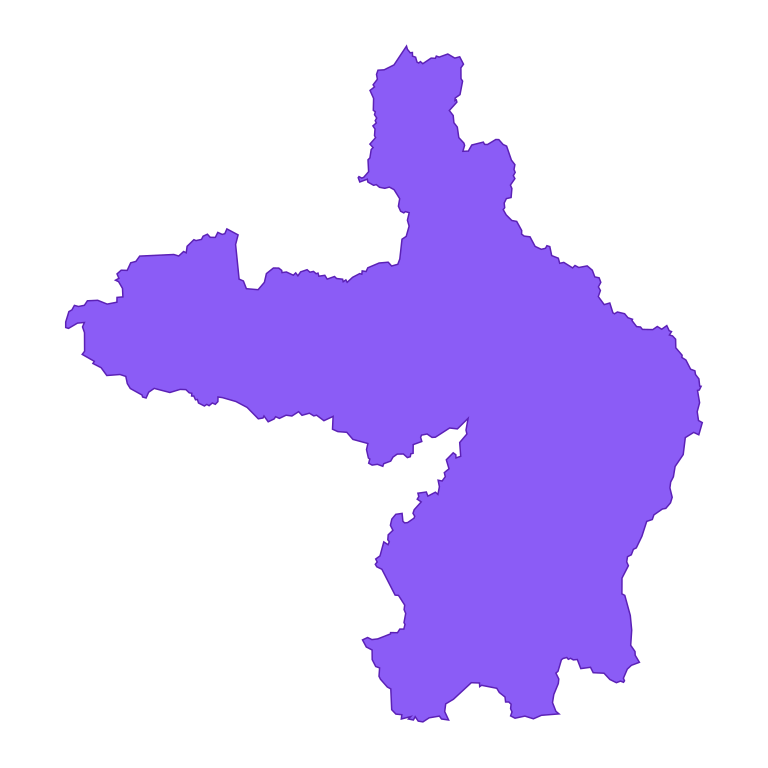 Chimaltitán, Jalisco, Mexico
{"feature_id": "50627088B46127437383593", "entity_name": "Chimaltitán", "entity_type": "district", "adm_level": 2, "iso_a3": "MEX", "parent_name": "Mexico", "parent_adm1": "Jalisco", "projection": "albers", "projection_center": [-103.699, 21.741], "detail": "fine", "context": "isolated", "style": "filled", "palette": "violet", "viewbox_px": 768, "rotation_deg": 0, "n_neighbors": 0, "source": "geoboundaries", "source_scale": "gbopen_adm2", "svg_char_len": 6068}
<svg xmlns="http://www.w3.org/2000/svg" viewBox="0 0 768 768"><path d="M68.9,311.6L65.7,322.0L65.7,327.5L68.5,328.4L77.5,323.1L84.4,322.5L82.5,326.9L84.5,332.6L84.6,351.2L82.2,354.4L94.3,361.3L92.9,363.5L101.1,367.7L106.8,375.5L120.0,374.5L125.8,376.4L127.3,383.6L130.3,388.5L142.0,395.0L142.6,397.0L146.1,398.0L148.7,392.2L154.2,388.4L169.9,392.5L180.1,389.4L185.9,389.6L189.2,392.8L191.8,393.3L191.6,396.0L193.8,396.1L195.5,399.8L197.4,399.5L198.5,403.0L204.4,406.0L206.8,404.4L209.1,405.7L212.3,403.0L215.3,404.3L217.9,401.6L218.0,397.0L222.4,397.6L235.9,401.5L247.1,407.4L258.3,418.8L263.0,418.0L264.0,416.0L268.2,421.8L274.2,418.9L275.6,416.7L279.4,418.4L286.1,415.2L291.9,416.0L298.6,411.7L302.0,415.3L309.4,413.2L313.8,415.9L316.6,415.2L323.9,420.7L333.1,416.4L332.5,429.2L337.8,431.6L346.8,432.3L352.9,439.4L367.9,443.5L366.5,449.6L368.4,458.0L369.8,459.0L368.7,463.2L372.1,465.1L377.4,464.3L382.8,466.3L383.7,463.7L390.7,461.1L393.0,457.1L397.2,454.1L403.4,454.0L407.4,457.6L410.3,456.7L410.8,453.8L413.1,453.3L413.2,444.6L421.8,441.5L420.6,437.2L421.6,435.1L427.1,434.0L432.0,437.4L435.4,437.2L449.6,428.0L457.4,428.9L468.1,418.3L466.0,430.1L466.9,434.0L459.7,442.5L460.7,456.3L456.0,457.9L455.8,454.7L453.2,452.8L446.3,459.8L449.0,468.8L444.3,472.6L445.3,476.7L442.1,481.0L438.1,480.2L439.4,486.7L437.9,494.4L435.4,492.2L427.9,496.1L426.3,492.0L417.9,493.2L418.8,496.6L417.2,499.2L421.2,501.9L414.2,509.7L413.0,513.3L414.7,516.2L414.1,518.1L407.6,522.6L404.7,522.9L402.9,521.3L402.1,513.4L395.8,514.3L391.8,519.1L390.4,525.3L392.9,530.3L388.2,534.8L387.8,539.8L389.3,541.8L388.0,544.7L383.8,541.9L380.0,555.9L375.7,559.0L377.2,562.0L375.3,564.3L376.8,566.8L381.9,569.3L395.1,595.1L398.5,595.4L404.7,605.1L404.1,609.6L405.7,613.4L404.0,622.6L405.0,624.4L403.8,629.1L399.8,629.1L397.5,632.7L390.6,632.6L390.5,633.9L377.7,638.9L371.9,639.6L367.6,637.5L362.5,639.9L366.3,647.0L372.1,650.0L372.2,659.6L375.7,666.5L379.6,667.9L379.0,676.3L380.5,679.3L387.3,687.0L390.8,688.9L391.7,709.7L395.9,714.1L401.8,714.7L401.3,719.0L410.7,716.6L408.4,719.0L413.4,720.0L415.2,716.7L418.2,721.1L422.9,721.9L429.2,717.8L439.4,716.1L441.5,719.0L448.6,720.0L444.7,711.6L445.7,703.9L453.5,699.2L471.3,682.7L479.5,683.0L479.7,686.6L481.6,685.3L496.8,688.3L499.3,692.5L505.0,697.0L505.6,702.0L508.8,702.0L511.1,704.2L510.6,708.7L512.0,711.9L510.6,715.9L515.0,718.2L524.9,716.1L533.4,718.8L541.4,715.3L559.0,713.9L555.9,711.3L552.5,702.6L553.8,694.5L558.3,683.6L558.8,679.0L555.9,673.1L558.0,671.3L561.4,659.8L563.0,658.5L566.8,657.5L568.3,659.3L570.6,658.3L573.3,659.9L577.3,659.5L580.8,668.6L590.5,667.3L593.2,672.7L604.0,673.2L609.9,679.5L616.4,682.7L620.5,681.1L623.5,682.3L624.5,680.8L623.4,678.2L627.3,669.1L631.4,665.3L639.4,662.3L635.2,655.3L635.0,651.5L630.7,645.3L631.7,630.1L630.3,615.5L624.8,595.4L621.9,593.8L622.0,578.1L628.4,565.7L626.7,561.9L627.5,556.7L631.3,554.8L633.4,549.3L636.3,547.9L641.9,536.3L646.7,521.4L652.3,519.5L653.9,514.9L662.4,509.0L665.8,508.4L670.5,502.8L672.2,497.3L669.9,487.9L670.7,482.0L673.4,476.8L675.1,466.5L683.2,454.6L685.3,437.6L693.7,432.4L698.8,434.8L702.3,422.6L698.5,420.5L697.2,411.7L699.6,402.7L697.5,390.4L699.3,390.0L701.1,386.3L699.7,386.1L698.9,378.9L695.5,374.5L694.9,370.8L690.6,369.2L685.9,360.0L681.9,357.5L682.1,355.2L675.8,347.8L675.6,339.2L672.5,335.9L669.4,335.0L671.5,331.6L669.2,330.7L666.8,325.6L661.7,329.2L657.3,326.5L652.8,329.6L642.4,329.4L640.5,327.0L636.6,326.6L632.0,320.6L632.5,319.3L627.9,317.7L624.6,313.7L617.4,312.0L614.5,313.8L612.9,312.8L609.8,303.0L604.2,304.6L598.3,296.6L600.4,290.5L598.4,286.9L600.8,282.3L599.1,277.8L594.8,276.9L592.3,270.2L587.2,265.9L578.8,267.5L575.0,265.5L572.6,267.9L563.8,262.4L559.7,263.3L558.3,258.2L551.7,255.6L549.8,246.6L546.9,245.7L545.5,248.3L541.3,249.3L535.1,246.4L530.0,236.8L524.2,236.1L521.6,234.1L521.7,230.5L516.7,221.4L511.8,220.5L506.2,214.9L503.2,209.6L504.7,207.7L504.2,203.0L506.4,198.6L511.1,197.5L511.9,188.5L510.4,185.1L514.9,178.6L513.3,175.7L515.2,172.4L514.0,169.5L514.9,164.7L511.4,160.1L506.6,146.1L503.1,144.5L498.8,139.6L495.8,139.5L487.5,144.5L484.6,144.4L483.3,142.1L471.8,145.0L468.3,151.1L462.9,151.3L464.6,145.4L463.9,143.1L458.8,137.6L457.3,127.1L453.9,122.7L453.2,115.5L449.3,110.5L456.9,102.1L456.3,99.9L455.0,100.6L455.2,98.0L460.0,94.6L462.6,81.1L461.0,78.7L460.9,67.8L463.5,64.2L459.7,56.8L454.8,58.1L447.8,54.0L439.2,57.1L436.3,56.1L435.4,58.3L431.1,58.1L422.8,63.7L420.4,61.6L418.7,63.0L417.0,62.1L415.6,57.2L412.5,56.1L412.4,52.5L410.2,52.8L407.4,49.3L406.5,46.1L394.0,64.9L384.2,69.8L378.0,70.2L376.5,74.4L377.4,79.2L373.1,84.8L374.5,86.9L370.0,90.4L373.6,98.4L373.3,110.3L375.3,111.8L374.5,114.7L376.7,118.0L375.2,120.7L376.3,122.9L372.9,125.9L375.0,129.0L374.5,135.6L375.6,137.6L369.9,144.1L373.1,147.6L371.2,149.5L369.9,157.9L368.0,159.8L368.6,171.7L363.7,177.3L361.8,178.1L359.0,176.6L358.2,177.7L359.8,182.0L367.3,179.2L367.9,182.1L373.6,185.3L376.3,184.6L379.5,187.3L384.8,188.3L389.4,187.1L394.1,189.7L399.7,198.7L398.4,206.2L400.6,211.2L403.8,212.9L405.4,211.6L409.2,212.7L407.4,220.2L409.1,226.1L406.2,236.4L402.0,239.2L399.8,259.0L397.8,264.3L391.6,266.0L388.2,262.2L379.1,263.0L367.8,267.8L366.1,271.5L362.2,270.9L361.8,274.2L359.7,273.6L352.6,277.3L347.2,282.3L345.9,279.9L343.2,281.7L342.6,279.2L336.6,278.5L334.5,276.5L327.2,279.1L324.8,275.3L318.9,276.2L318.0,273.1L316.1,273.7L313.5,271.4L309.9,272.2L307.1,269.7L300.6,271.9L297.9,275.8L295.7,272.9L293.3,275.2L286.4,272.0L282.0,272.6L281.7,270.4L278.8,268.1L273.4,268.0L266.4,273.6L264.4,282.3L258.1,289.7L246.4,288.7L243.4,281.0L239.1,279.1L235.6,244.5L238.1,234.9L226.9,228.9L224.8,233.7L222.2,234.4L217.8,232.4L215.3,237.4L210.2,237.3L207.4,234.2L203.1,236.2L201.5,239.4L196.0,240.6L193.9,239.7L187.1,246.3L186.2,252.8L183.6,251.5L178.7,256.0L173.8,254.5L139.7,256.1L135.9,261.4L130.7,262.8L127.2,270.4L121.2,270.2L117.0,273.9L118.9,278.3L115.5,280.2L118.6,281.7L122.5,288.4L122.9,296.9L117.0,297.4L116.9,302.2L107.2,304.1L97.7,300.3L87.4,300.8L84.4,305.3L78.5,306.5L74.4,305.4L71.9,309.9L68.9,311.6Z" fill="#8b5cf6" stroke="#5b21b6" stroke-width="1.5"/></svg>